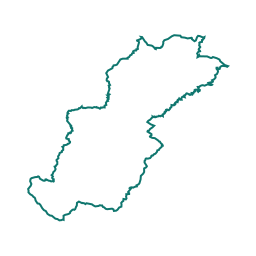 the district of Tello, Huila, Colombia, rotated 98°
{"feature_id": "7082276B21026196123050", "entity_name": "Tello", "entity_type": "district", "adm_level": 2, "iso_a3": "COL", "parent_name": "Colombia", "parent_adm1": "Huila", "projection": "robinson", "projection_center": [-75.095, 3.039], "detail": "fine", "context": "isolated", "style": "outline", "palette": "teal", "viewbox_px": 256, "rotation_deg": 98, "n_neighbors": 0, "source": "geoboundaries", "source_scale": "gbopen_adm2", "svg_char_len": 5785}
<svg xmlns="http://www.w3.org/2000/svg" viewBox="0 0 256 256"><g transform="rotate(98 128 128)"><path d="M205.6,217.6L207.3,215.5L208.1,213.4L209.5,211.9L209.8,210.9L210.6,210.2L212.7,209.4L215.3,207.1L215.3,205.5L216.2,204.2L219.3,201.8L221.0,199.9L221.7,197.8L224.3,195.7L225.5,193.1L225.5,191.2L227.9,187.3L228.0,185.2L229.0,183.1L228.5,181.1L227.7,179.9L227.9,179.0L223.8,179.6L222.7,178.1L221.8,175.7L220.9,174.2L220.1,173.5L219.1,173.6L216.9,171.8L216.3,170.9L216.5,169.8L215.7,169.0L213.0,168.4L212.1,167.9L209.2,168.1L207.7,166.4L208.8,163.0L208.5,162.6L208.7,160.6L209.3,159.6L208.3,158.6L208.6,153.1L209.5,151.5L210.2,149.5L209.3,146.3L208.4,145.1L208.5,143.7L208.3,142.8L209.7,141.8L209.9,140.5L211.1,138.9L211.3,137.3L210.1,132.5L210.6,131.1L212.1,130.4L211.5,128.2L210.4,127.0L208.0,125.7L206.8,123.6L204.5,123.8L203.2,124.3L201.8,123.5L201.0,122.5L198.9,122.6L199.0,120.2L198.0,119.7L196.0,120.4L195.0,120.2L193.8,120.5L193.2,117.7L192.4,117.8L191.4,119.0L187.6,116.7L187.2,117.9L186.7,117.5L186.2,116.0L186.3,114.5L185.3,113.1L184.6,111.1L183.6,111.6L182.3,109.7L181.1,109.0L177.2,108.4L173.6,108.6L171.1,106.6L169.3,105.9L165.8,106.4L164.4,104.5L163.2,104.0L159.9,106.8L158.3,107.0L157.8,106.5L156.2,106.3L155.6,105.8L155.6,104.1L154.7,101.9L152.9,100.8L152.5,101.0L151.8,100.3L151.7,99.4L150.2,98.5L149.7,97.3L147.4,95.9L146.1,95.9L145.3,94.2L144.2,94.0L142.1,92.1L140.9,92.1L140.8,91.1L140.5,91.1L139.5,91.8L138.5,93.4L137.1,94.5L137.1,95.3L136.2,96.3L134.3,100.1L134.4,102.6L133.7,104.9L133.3,105.1L131.8,103.7L130.7,104.0L128.9,108.2L128.5,108.2L128.1,108.0L128.3,107.2L125.9,106.0L124.0,103.9L122.1,102.4L121.2,106.0L119.4,109.7L118.0,108.9L116.6,107.1L114.7,105.9L114.0,105.0L113.3,105.2L113.5,104.8L113.0,103.7L113.5,103.4L113.6,102.6L113.2,101.7L112.9,101.8L112.2,99.5L111.6,99.1L111.9,97.8L111.5,97.6L111.3,96.3L110.9,96.1L111.4,95.1L109.6,95.4L109.1,94.4L108.2,94.1L108.2,93.6L107.3,93.3L107.0,93.9L106.4,93.5L106.6,93.0L106.1,92.5L105.2,92.3L104.6,92.7L104.3,92.1L104.7,91.6L104.4,91.3L104.7,90.1L103.1,89.0L102.1,89.0L101.5,88.0L100.1,88.1L99.7,87.5L99.2,87.8L99.2,85.8L98.8,85.3L98.3,85.6L97.6,85.3L97.7,84.8L98.1,85.0L98.1,84.6L97.5,84.3L97.0,85.0L96.4,84.8L95.3,83.7L95.5,82.5L94.4,82.4L94.3,82.9L93.3,82.7L93.4,82.0L91.6,81.4L92.7,80.0L92.5,78.8L91.5,79.3L90.0,78.9L89.3,78.1L89.6,76.2L88.1,77.0L87.8,76.8L87.9,76.1L85.6,74.9L85.6,73.8L86.6,71.5L86.5,71.0L85.9,71.0L86.0,69.2L85.3,69.3L85.1,68.9L84.4,69.5L84.3,68.8L84.7,68.6L84.7,68.1L82.9,67.7L82.7,66.9L82.2,66.6L81.2,67.3L80.7,66.8L80.4,64.6L81.8,64.2L82.4,63.5L81.6,63.0L81.4,62.3L80.4,62.1L79.8,63.2L77.6,64.6L77.5,64.2L77.9,63.5L76.3,62.3L75.5,60.9L75.2,59.9L75.4,58.0L73.7,55.2L74.0,52.1L73.7,51.0L73.4,50.7L73.1,51.2L73.1,53.6L72.1,54.6L70.5,50.5L70.1,50.4L69.0,51.4L67.9,49.6L66.1,48.4L65.4,48.3L63.6,49.2L62.1,47.4L59.7,46.7L58.3,47.2L57.0,48.6L56.0,48.7L55.8,47.6L56.7,47.2L57.2,46.5L56.7,45.4L54.8,45.2L53.7,44.1L53.3,42.9L53.2,39.6L53.6,38.3L52.8,37.6L52.2,40.9L49.1,45.9L47.5,46.9L46.5,49.9L45.9,53.8L47.0,54.9L47.1,56.0L46.1,59.6L47.0,66.9L46.4,67.3L47.1,67.4L48.2,69.0L46.0,68.9L44.6,69.9L42.7,68.9L42.0,67.3L41.4,67.6L40.6,68.9L39.6,68.8L37.9,67.7L37.3,67.9L36.8,68.7L36.1,69.1L35.0,68.8L33.7,69.3L33.2,68.9L32.4,66.7L30.6,67.0L30.3,66.2L29.5,66.0L28.6,65.1L27.3,65.0L28.0,66.1L27.0,69.7L27.0,71.4L28.5,72.3L31.9,73.0L32.8,74.2L31.1,77.1L30.1,77.2L29.8,77.6L31.0,81.4L30.6,84.3L30.7,87.8L29.3,89.0L29.7,95.2L31.0,97.3L34.3,100.8L36.0,104.2L37.8,105.1L39.3,104.8L41.8,105.2L43.0,105.8L43.0,106.3L43.9,106.6L44.3,107.3L44.7,111.3L46.0,111.4L45.7,112.5L44.9,113.0L43.5,115.0L43.1,116.1L43.0,120.1L40.8,121.9L40.0,123.2L36.0,126.7L36.0,127.6L36.7,126.8L37.3,127.1L38.5,128.5L40.0,131.2L40.4,131.0L40.7,129.5L41.8,129.0L46.6,129.7L48.3,129.2L48.9,130.7L49.7,130.5L50.2,130.8L50.4,132.4L51.4,133.6L52.8,132.8L53.5,134.3L55.0,134.7L55.6,135.9L57.5,136.7L58.5,138.2L59.4,138.0L60.1,142.9L61.2,145.1L66.7,147.7L67.4,148.8L68.0,151.0L69.1,151.3L69.6,151.8L71.0,151.8L73.9,155.8L76.7,157.2L80.3,154.8L82.0,155.8L83.7,155.8L84.6,155.0L84.5,153.9L85.0,153.2L86.4,153.0L87.9,151.8L88.7,153.0L89.9,152.3L90.8,152.4L91.3,151.7L96.8,152.7L97.3,151.0L98.6,152.0L98.7,152.7L99.6,151.5L100.5,151.4L100.8,151.9L100.6,152.6L100.8,152.8L102.0,151.3L103.1,152.2L104.0,151.6L104.4,152.6L106.2,153.4L108.2,152.7L109.1,154.3L110.9,154.0L111.0,155.7L111.6,156.7L111.4,157.6L112.8,158.5L112.1,160.1L112.2,161.5L111.6,162.0L112.0,162.8L112.0,164.4L113.2,166.4L112.9,167.3L113.2,170.5L114.3,173.2L114.1,174.7L114.5,175.2L114.4,175.5L113.7,176.6L113.1,176.8L115.0,178.2L115.1,179.2L115.8,179.4L116.6,180.5L117.4,183.5L117.9,184.1L118.2,186.4L119.1,186.9L119.1,188.9L120.1,189.6L121.3,190.0L121.9,189.2L122.3,189.9L123.1,189.7L124.0,190.1L124.9,189.6L125.6,190.0L126.2,189.1L126.8,189.9L128.0,189.1L129.4,189.3L133.6,184.7L134.1,185.2L134.9,184.2L135.4,184.4L135.7,183.7L136.1,184.0L136.6,183.1L137.7,183.1L138.4,182.5L138.9,183.4L140.6,183.8L140.5,184.6L140.7,185.0L141.3,184.9L141.5,186.4L142.9,186.5L143.5,187.1L146.4,187.9L147.1,187.5L147.3,185.0L148.7,184.9L149.6,183.5L150.4,183.4L151.4,184.1L152.1,185.5L152.5,185.5L153.3,186.7L154.0,189.2L155.2,189.2L155.8,190.3L156.7,189.4L158.7,189.1L159.9,190.3L160.9,190.1L162.3,192.2L164.2,192.4L165.8,193.3L167.7,192.7L169.5,194.3L170.4,194.2L171.3,193.3L173.7,193.0L175.1,194.1L175.8,194.2L176.4,195.3L178.7,194.0L179.3,194.1L180.8,194.7L182.0,195.8L184.0,196.1L185.3,197.1L186.4,195.6L187.9,196.2L189.0,195.2L189.1,194.4L191.2,194.1L191.4,194.4L191.0,195.2L191.6,196.7L191.2,197.8L191.2,199.3L190.2,202.0L190.5,202.6L191.3,202.4L191.9,203.5L191.9,204.6L190.5,208.1L188.7,209.3L188.4,210.3L189.1,211.0L189.6,213.2L191.1,216.6L192.1,217.4L194.3,217.5L196.9,215.9L198.8,216.3L202.3,218.4L204.0,217.7L205.6,217.6Z" fill="none" stroke="#0f766e" stroke-width="2"/></g></svg>